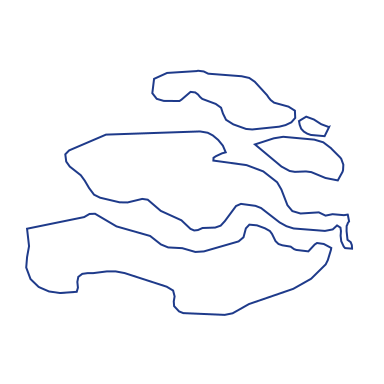 the border of Zeeland, rotated 3°
{"feature_id": "NLD-903", "entity_name": "Zeeland", "entity_type": "Province", "adm_level": 1, "iso_a3": "NLD", "parent_name": "Netherlands", "parent_adm1": "", "projection": "natural_earth1", "projection_center": [3.94, 51.477], "detail": "fine", "context": "isolated", "style": "outline", "palette": "blue", "viewbox_px": 384, "rotation_deg": 3, "n_neighbors": 0, "source": "natural_earth", "source_scale": "10m", "svg_char_len": 2640}
<svg xmlns="http://www.w3.org/2000/svg" viewBox="0 0 384 384"><g transform="rotate(3 192 192)"><path d="M65.5,299.8L54.4,298.8L46.3,295.8L43.8,294.8L35.3,287.4L30.4,276.1L30.7,265.7L32.1,254.6L29.2,237.3L85.6,222.7L90.8,219.3L96.3,218.8L118.4,230.3L152.5,238.1L163.7,246.0L171.1,248.6L185.2,248.6L198.5,251.7L207.0,250.7L241.1,238.9L245.8,234.5L247.7,225.5L251.0,221.6L258.6,221.9L266.7,224.4L271.8,226.9L274.1,229.7L278.0,236.7L281.1,239.4L285.0,240.5L293.4,241.4L296.9,243.7L299.2,244.4L311.3,245.2L317.3,238.0L319.5,236.4L326.3,237.0L334.0,240.6L333.8,242.4L331.2,252.9L329.3,257.3L315.5,272.4L298.2,283.4L254.8,300.9L238.9,311.0L231.1,313.0L189.6,313.4L185.3,311.9L180.1,306.9L179.5,302.2L180.1,297.2L178.3,291.4L171.7,287.9L129.0,276.5L120.0,275.3L111.4,275.7L97.5,278.2L91.9,278.5L86.7,279.5L82.9,282.7L82.2,287.8L83.1,293.5L82.1,297.7L65.5,299.8ZM354.8,240.2L347.8,240.0L346.4,238.6L343.6,233.3L342.7,227.9L342.8,223.3L342.1,219.8L338.6,217.8L334.5,222.0L326.8,223.9L295.4,223.1L288.1,221.2L281.1,217.8L261.8,204.4L256.1,202.5L241.5,201.3L236.7,203.7L226.3,219.4L222.4,224.1L217.0,226.3L204.4,227.4L199.9,229.7L196.2,230.3L192.4,228.9L182.9,220.8L161.8,212.5L148.2,202.0L142.7,201.5L128.2,205.8L120.3,206.1L100.5,202.5L94.3,199.8L89.0,193.4L84.3,186.3L80.1,181.1L68.6,173.0L64.8,168.2L63.5,161.0L67.1,156.9L103.1,139.2L196.8,131.1L204.6,132.0L209.8,134.4L215.4,138.6L220.4,144.1L223.6,150.6L220.0,151.8L214.0,155.0L211.7,156.7L211.7,159.5L245.1,162.3L262.1,167.7L276.5,177.8L281.1,184.8L288.0,200.2L293.2,205.8L301.5,207.8L319.7,205.7L326.6,208.6L333.5,206.8L344.9,207.2L348.7,206.4L348.8,206.6L350.4,213.1L349.2,214.9L348.8,216.5L348.2,217.8L348.4,222.9L349.8,231.6L353.1,233.8L354.4,236.7L354.8,240.0L354.8,240.2ZM269.3,98.5L283.9,101.7L290.5,105.4L291.2,112.6L287.6,117.2L281.9,120.3L275.7,122.2L248.9,126.4L242.7,126.2L229.7,122.3L222.2,118.1L218.8,112.0L216.6,106.3L211.1,102.8L197.4,98.5L195.1,96.7L192.9,94.3L190.0,92.4L185.3,92.1L176.7,100.3L174.7,101.8L159.0,102.5L151.9,100.8L147.2,95.4L148.2,81.0L160.9,74.4L190.3,71.0L191.7,70.6L197.4,71.0L202.0,73.0L235.5,73.8L243.2,75.1L248.9,78.6L261.9,91.4L263.6,93.7L265.8,96.1L269.3,98.5ZM337.0,172.8L324.5,171.0L310.1,165.9L304.7,165.5L293.7,166.5L288.4,165.9L280.0,161.9L252.4,141.2L270.9,134.1L280.2,132.1L311.4,133.3L320.5,135.5L328.7,141.1L329.0,141.5L338.2,149.8L339.3,151.1L341.7,156.8L341.7,162.1L341.3,163.9L337.0,172.8ZM321.5,129.3L307.7,128.8L304.0,127.7L300.5,125.8L297.7,123.1L296.0,119.2L295.2,115.8L295.3,115.8L296.2,114.8L302.1,110.8L309.9,113.2L317.4,117.5L325.3,120.0L325.5,119.9L325.4,120.2L321.5,129.3Z" fill="none" stroke="#1e3a8a" stroke-width="2"/></g></svg>